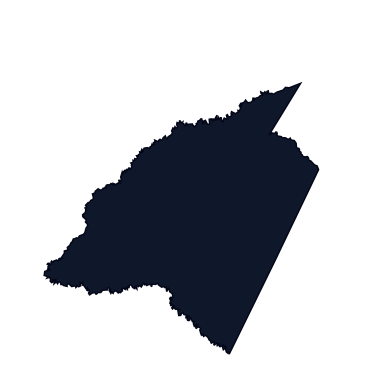 outline of Barão de Melgaço, Mato Grosso, Brazil, rotated 20°
{"feature_id": "56859067B92677344979366", "entity_name": "Barão de Melgaço", "entity_type": "district", "adm_level": 2, "iso_a3": "BRA", "parent_name": "Brazil", "parent_adm1": "Mato Grosso", "projection": "robinson", "projection_center": [-56.194, -16.698], "detail": "fine", "context": "isolated", "style": "filled", "palette": "ink", "viewbox_px": 384, "rotation_deg": 20, "n_neighbors": 0, "source": "geoboundaries", "source_scale": "gbopen_adm2", "svg_char_len": 6063}
<svg xmlns="http://www.w3.org/2000/svg" viewBox="0 0 384 384"><g transform="rotate(20 192 192)"><path d="M276.7,327.3L278.9,330.5L281.1,331.3L281.1,329.9L282.5,330.8L293.4,229.0L303.3,127.7L300.7,124.7L297.8,124.6L292.8,122.1L292.4,122.8L291.6,122.6L289.3,119.7L288.0,119.3L286.3,120.4L283.8,120.7L283.2,119.6L281.4,118.8L280.8,117.4L278.8,116.8L278.6,115.5L277.5,114.4L276.2,114.9L274.8,114.1L273.1,110.5L270.5,108.7L267.2,109.2L265.9,107.8L264.9,109.3L263.8,109.6L261.1,109.1L258.5,110.2L257.0,109.4L253.3,110.1L251.8,108.7L252.1,108.0L251.1,106.8L250.2,107.1L250.1,108.1L249.0,108.9L247.0,109.1L246.9,110.2L245.0,111.5L256.9,52.7L247.6,60.9L244.1,61.7L242.6,65.2L237.8,69.0L235.0,72.4L233.4,72.0L230.3,73.3L229.1,70.9L228.0,71.9L229.1,73.9L228.5,74.5L226.2,72.9L225.4,74.9L222.4,74.4L223.2,75.8L225.0,76.3L224.9,76.9L223.1,78.3L222.0,80.5L220.0,81.9L219.4,83.8L218.5,82.6L217.2,83.0L217.8,85.5L216.6,87.7L213.8,89.0L210.9,87.3L210.5,89.2L208.7,92.2L208.3,91.5L207.5,92.0L207.0,94.8L209.0,96.5L208.8,99.5L207.3,99.7L208.2,100.7L206.1,103.5L201.7,103.0L201.8,104.6L203.1,105.5L202.4,105.8L203.0,107.1L201.7,108.6L200.3,108.7L198.8,107.2L198.1,108.1L199.6,110.2L199.7,111.8L197.0,111.5L196.6,113.9L197.4,115.0L196.5,115.5L195.0,114.7L194.2,112.3L193.2,112.5L192.8,114.3L192.2,114.4L191.4,113.1L191.3,114.9L190.0,115.6L189.6,111.9L189.1,111.9L188.4,116.0L189.1,116.5L187.7,117.0L187.2,116.2L186.5,116.4L187.0,118.0L185.0,116.7L183.3,117.8L185.4,122.2L185.0,122.7L183.2,122.9L180.1,120.1L179.0,121.2L179.7,123.3L178.6,124.3L178.0,123.7L178.5,121.8L176.8,121.3L176.2,120.0L175.4,120.2L174.5,122.4L173.3,123.3L173.6,125.2L172.6,126.2L173.5,126.9L172.8,128.0L172.9,129.1L171.9,129.8L170.3,128.8L169.4,129.1L169.0,128.0L165.8,129.4L165.3,130.6L163.4,129.1L162.9,129.3L163.0,132.2L161.8,131.8L161.0,130.7L159.6,131.0L159.4,129.4L158.6,130.8L156.7,129.3L156.0,129.5L156.5,131.7L154.2,131.8L154.6,134.0L156.0,135.5L155.7,137.1L155.3,137.8L153.7,136.5L153.8,138.8L152.2,138.3L152.0,141.7L153.2,142.6L153.3,143.5L153.0,145.2L150.7,148.3L150.5,150.4L150.0,150.9L147.7,148.4L146.4,150.8L146.1,153.2L144.9,153.9L143.9,153.4L143.0,154.9L143.1,156.3L139.3,156.0L140.1,157.1L138.9,159.0L140.1,160.1L139.2,161.0L138.1,160.6L138.2,163.0L137.2,163.8L137.2,165.4L134.9,165.6L132.0,167.2L131.8,170.7L130.3,169.2L130.2,170.7L131.0,172.0L129.1,172.2L130.1,173.8L128.8,175.4L129.0,176.3L127.5,176.9L129.2,178.5L128.3,180.1L126.8,180.2L127.3,182.2L125.7,182.3L126.6,184.3L124.6,185.7L126.0,186.5L125.9,187.6L126.9,188.5L126.4,191.6L124.6,190.9L124.0,193.9L123.4,194.2L123.4,192.9L122.8,193.2L122.7,195.9L121.5,194.7L120.6,196.5L121.1,198.5L120.5,198.7L119.6,197.4L119.9,202.4L121.7,204.9L121.5,205.6L119.4,205.9L119.3,206.5L121.5,208.1L120.0,208.3L118.4,210.1L118.3,211.0L114.8,210.9L115.4,212.4L113.0,211.7L112.2,213.5L110.0,214.2L109.1,215.1L109.9,217.6L108.8,217.1L108.6,218.0L107.1,219.0L106.6,220.8L105.4,221.6L102.7,221.1L100.8,224.5L101.4,225.7L99.1,227.9L101.0,230.5L101.5,232.5L101.0,234.1L100.2,233.9L99.7,234.7L99.4,236.5L98.0,237.5L96.5,240.9L98.2,242.3L98.2,242.9L97.0,243.5L98.4,245.2L98.7,247.8L97.0,250.8L97.9,252.6L101.6,254.1L102.5,255.2L102.1,256.6L104.8,258.0L105.6,259.9L104.8,261.6L105.2,266.9L104.5,268.9L101.3,271.7L100.5,274.5L98.9,274.7L97.4,276.6L96.6,276.6L96.3,280.6L95.7,280.9L95.4,283.9L93.8,286.7L95.2,289.0L92.2,291.1L93.0,293.2L91.7,298.4L92.5,298.7L90.6,299.6L91.3,300.5L89.8,300.6L90.4,302.3L89.6,302.8L88.2,302.1L85.8,304.1L85.5,305.3L83.7,304.9L83.5,306.2L84.6,307.8L83.9,308.5L82.0,307.8L80.9,308.5L80.7,309.4L82.7,309.6L82.2,311.7L85.1,314.0L84.6,314.5L82.8,313.7L82.7,315.6L80.8,317.0L81.6,320.9L85.6,320.9L85.2,322.5L87.2,320.9L89.1,322.5L89.2,324.2L91.0,325.2L92.4,324.0L91.2,322.9L91.5,321.8L93.3,322.6L93.6,321.1L94.1,320.9L95.1,322.8L97.1,324.2L97.3,322.2L97.9,321.8L99.4,322.2L100.5,323.8L101.7,323.2L103.4,323.8L106.9,323.4L106.2,321.6L107.7,320.4L111.3,322.0L114.8,319.9L115.5,321.4L116.7,319.3L117.9,319.8L119.5,318.2L118.2,317.0L118.0,315.6L119.2,316.2L120.3,314.4L121.0,316.9L122.4,316.9L125.6,319.2L126.4,317.7L126.9,318.2L126.9,320.3L127.7,320.4L128.8,319.3L129.5,319.7L129.4,322.5L130.9,323.7L132.8,321.1L135.4,319.6L136.5,320.8L137.2,320.6L138.1,318.6L140.7,317.6L141.6,314.9L145.9,313.0L145.7,311.0L146.7,310.3L148.9,312.0L147.9,311.9L147.6,312.6L150.4,315.0L150.5,313.6L152.6,314.2L152.6,312.4L154.4,310.8L157.2,312.1L157.8,311.2L159.1,311.1L160.4,308.7L159.2,306.7L159.6,306.2L162.6,306.3L161.8,305.3L162.6,304.7L164.6,305.6L163.7,303.0L164.2,302.5L164.9,303.6L165.5,303.3L165.0,301.1L165.8,300.3L168.1,301.0L168.7,302.0L171.1,302.4L170.7,300.6L173.4,302.0L172.5,300.0L172.7,298.5L174.1,299.2L174.9,297.7L176.8,298.6L177.8,294.2L179.5,295.4L180.4,294.1L181.5,295.3L183.3,293.4L185.0,293.4L186.0,294.5L186.5,294.0L185.7,292.3L189.5,291.2L190.8,289.5L192.3,290.8L196.0,291.8L198.4,290.3L199.1,291.1L200.2,290.4L202.0,293.7L202.6,293.3L202.2,290.9L202.8,290.4L205.5,293.5L208.1,294.2L210.2,297.3L207.8,298.4L207.5,299.8L207.9,300.2L209.0,299.2L209.7,299.7L208.9,301.1L209.4,304.1L210.5,303.6L210.5,305.6L211.1,306.0L212.5,304.7L213.4,305.3L212.6,307.8L213.7,308.6L214.9,306.1L215.9,307.6L217.1,307.8L218.4,306.8L220.0,306.9L219.2,308.1L221.8,312.6L223.6,311.8L223.6,309.8L224.7,308.5L226.3,309.9L231.2,309.6L231.7,310.0L229.3,311.0L228.9,311.7L229.5,312.4L231.0,311.6L231.0,313.3L231.7,314.0L233.1,313.9L233.7,313.0L233.1,311.2L234.0,310.7L236.8,313.7L238.1,312.9L238.3,315.2L240.1,317.4L241.1,315.4L242.5,314.8L241.7,317.5L242.2,318.5L242.8,318.5L243.6,316.7L246.4,316.9L247.0,317.6L246.5,319.0L249.5,323.0L250.3,323.3L250.9,321.7L252.3,323.7L253.2,322.5L254.7,322.2L257.7,323.9L258.4,325.0L260.1,325.5L261.8,327.4L264.1,325.1L264.8,328.0L265.5,328.0L266.7,325.6L267.4,325.5L268.2,327.8L268.7,327.5L268.9,325.5L269.6,325.3L270.6,327.6L271.3,327.8L273.5,325.3L273.6,327.1L275.4,329.5L276.7,327.3ZM276.7,327.3L275.5,326.0L275.9,325.4L276.9,326.2L276.7,327.3ZM208.7,92.2L209.0,92.8L209.0,94.4L208.2,94.1L208.7,92.2ZM93.3,322.6L93.7,324.4L93.8,325.4L94.8,323.6L93.3,322.6Z" fill="#0f172a" stroke="#020617" stroke-width="1.5"/></g></svg>